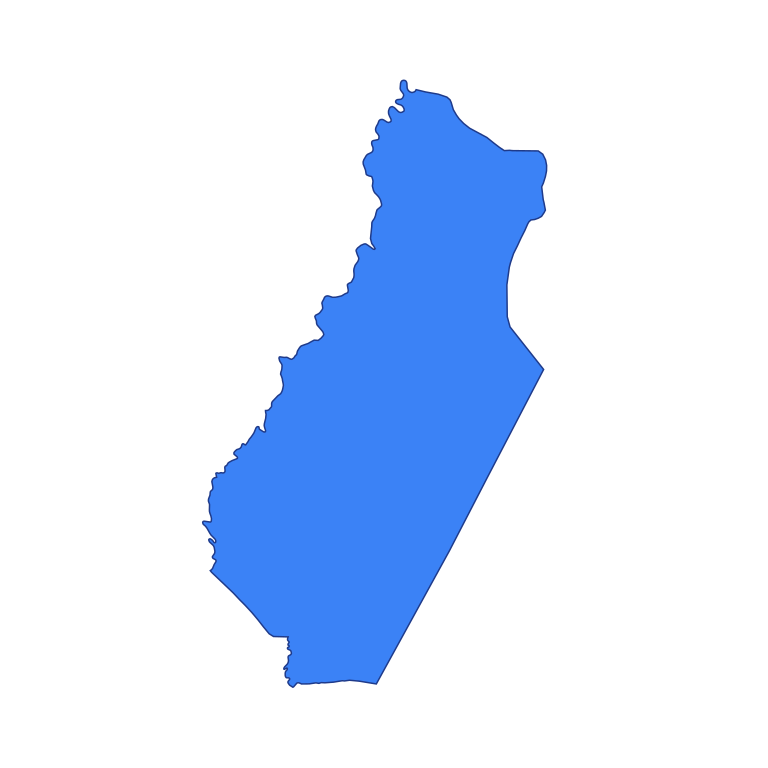 Su-Ngai Kolok, Narathiwat, Thailand, rotated 162°
{"feature_id": "78962969B19527388455587", "entity_name": "Su-Ngai Kolok", "entity_type": "district", "adm_level": 2, "iso_a3": "THA", "parent_name": "Thailand", "parent_adm1": "Narathiwat", "projection": "natural_earth1", "projection_center": [102.011, 6.069], "detail": "fine", "context": "isolated", "style": "filled", "palette": "blue", "viewbox_px": 768, "rotation_deg": 162, "n_neighbors": 0, "source": "geoboundaries", "source_scale": "gbopen_adm2", "svg_char_len": 6171}
<svg xmlns="http://www.w3.org/2000/svg" viewBox="0 0 768 768"><g transform="rotate(162 384 384)"><path d="M606.9,260.2L606.1,258.1L592.0,232.0L587.7,222.9L584.4,216.4L580.3,207.5L576.9,199.1L573.6,190.0L570.4,181.9L567.1,178.0L553.3,173.1L554.3,171.8L554.8,170.5L554.7,169.7L554.0,168.3L554.0,167.7L555.4,166.6L555.9,165.7L555.9,165.3L555.2,164.4L555.2,163.9L555.6,163.4L557.1,163.1L557.5,162.5L557.5,161.9L557.2,161.3L555.5,159.8L555.1,159.1L555.1,157.5L555.4,156.2L556.4,155.4L558.5,155.0L559.2,154.6L559.7,153.7L560.3,150.5L561.1,148.9L562.5,147.5L565.9,145.7L566.9,144.8L567.3,144.1L567.3,143.7L566.9,143.4L564.5,143.9L564.0,143.7L563.9,143.3L563.9,142.9L564.3,142.3L566.1,141.2L566.8,140.5L567.4,139.3L568.0,137.4L568.1,136.2L567.8,135.1L567.4,134.7L565.5,134.0L565.0,133.5L564.8,133.0L564.9,132.5L565.2,132.1L567.0,130.9L567.5,130.2L567.6,129.7L567.5,128.8L566.8,126.7L564.4,123.8L563.6,123.9L559.4,126.4L558.9,126.5L558.1,126.4L557.1,126.0L555.1,124.2L550.0,122.6L547.6,121.9L541.1,120.8L538.4,119.4L536.0,119.4L532.6,118.1L526.4,116.6L523.9,116.0L515.4,114.7L513.3,113.8L508.3,112.9L499.5,109.1L484.0,101.1L373.5,205.0L315.5,262.3L227.7,348.5L246.5,399.3L246.0,409.9L236.5,440.3L228.7,456.4L226.2,460.3L220.5,468.0L214.5,474.1L208.5,480.6L202.7,486.4L197.8,491.9L196.0,493.5L193.5,494.6L189.9,493.9L186.1,494.0L182.4,494.7L178.8,497.5L176.8,499.5L175.8,507.2L175.6,510.2L173.1,522.8L170.3,525.9L166.4,531.4L163.6,536.4L161.8,541.6L161.1,547.2L162.0,553.5L165.3,558.0L189.9,566.3L192.3,567.4L197.5,568.8L201.1,573.4L205.3,579.5L210.0,586.7L223.5,600.8L227.7,607.1L230.6,613.0L232.0,617.4L233.3,623.5L233.1,631.1L233.4,633.9L235.5,637.4L242.9,642.9L254.2,648.9L262.5,654.0L263.8,652.8L264.7,652.5L266.6,652.4L268.0,652.9L269.2,654.0L269.9,655.1L270.5,656.7L270.5,658.4L269.3,663.0L269.3,664.3L269.6,665.4L270.4,666.3L271.9,666.9L273.2,666.8L274.0,666.4L274.7,665.7L275.4,664.7L277.3,660.1L277.4,658.9L277.2,657.8L275.9,653.9L276.1,652.4L276.8,651.4L277.9,650.3L279.2,649.7L280.1,649.6L283.3,650.3L284.4,650.2L284.8,650.0L285.4,649.5L285.8,648.7L285.7,647.8L285.1,646.8L283.9,645.6L281.8,644.2L280.8,643.0L280.3,641.9L279.9,639.7L280.1,638.4L280.5,637.6L281.0,637.3L282.7,636.9L284.1,637.0L284.9,637.4L285.8,638.2L286.5,639.3L288.4,643.1L289.1,644.1L290.4,645.3L291.9,645.4L292.9,645.1L293.9,644.2L295.2,642.5L295.7,641.3L296.1,639.6L296.0,637.2L295.5,633.6L295.7,632.6L296.2,631.7L297.2,631.3L298.9,631.3L300.1,632.1L302.5,635.0L303.6,636.0L305.2,636.5L306.4,636.4L307.0,636.1L307.6,635.7L309.5,633.3L311.5,631.5L312.8,629.9L313.4,628.7L313.6,627.5L313.6,626.1L312.5,623.2L312.2,621.5L312.4,620.5L313.2,618.8L313.6,618.5L314.5,618.3L318.9,618.8L319.9,618.7L320.4,618.4L320.9,617.9L321.4,616.7L321.6,615.1L321.4,612.5L321.9,610.4L322.5,609.3L323.2,608.7L324.2,608.1L328.8,607.5L330.3,606.7L333.8,603.6L335.1,601.9L335.4,601.1L335.8,599.4L335.5,593.3L336.1,589.0L335.7,588.1L333.8,586.4L332.0,585.4L331.5,584.5L331.6,581.8L331.8,580.3L332.7,578.3L333.9,575.9L334.2,571.4L333.8,568.9L332.0,565.3L331.2,563.4L330.7,561.3L330.5,559.8L330.7,555.9L331.2,554.5L331.9,553.9L333.1,553.3L336.2,552.1L337.0,551.6L338.9,548.8L340.1,546.7L341.9,544.5L344.8,542.2L345.7,541.1L347.1,537.3L351.9,526.5L352.2,521.3L351.2,518.4L350.6,515.4L351.4,515.0L352.4,515.4L356.1,520.5L357.8,522.6L358.6,523.1L359.9,523.3L363.1,523.0L367.1,521.5L368.9,520.2L369.4,519.3L369.4,515.2L369.1,512.4L369.2,511.2L369.7,510.2L371.0,508.6L374.6,506.0L375.3,505.2L377.0,502.8L377.8,500.9L378.5,497.8L379.1,496.1L379.9,494.5L383.5,491.0L386.7,490.5L387.9,490.0L388.2,489.5L388.4,488.7L389.0,484.3L389.2,483.7L390.1,482.3L390.7,482.0L393.2,481.8L397.1,480.9L400.8,481.2L403.3,481.5L406.2,482.4L409.5,484.8L410.9,485.4L412.5,485.4L413.8,484.8L415.1,483.3L417.3,481.2L417.9,480.4L418.1,480.0L418.3,477.9L418.8,475.2L419.5,474.1L422.7,471.8L424.3,471.1L427.9,470.5L428.9,469.6L429.0,467.9L428.8,465.0L429.4,462.4L429.4,461.1L429.2,460.4L426.2,453.0L425.9,451.6L426.0,449.6L426.8,448.8L428.1,448.0L429.8,447.0L433.1,445.8L436.9,447.3L441.4,446.5L443.5,446.0L448.3,445.9L450.6,445.8L451.8,445.5L453.4,444.4L456.1,442.1L458.1,438.9L459.4,438.5L461.7,436.7L463.6,436.1L464.4,436.1L465.0,436.5L466.1,437.4L467.6,439.0L468.4,439.5L470.7,440.1L474.6,442.0L475.3,441.9L475.9,441.1L476.1,438.8L476.0,437.5L475.2,434.7L475.2,433.2L476.4,430.1L477.3,428.5L478.2,427.4L479.3,425.4L479.1,422.8L479.1,420.3L479.4,418.9L479.8,415.3L480.1,413.8L481.5,411.2L482.6,409.4L483.9,407.9L485.3,406.7L488.6,405.6L495.1,402.1L496.2,401.3L496.9,400.2L497.8,397.5L498.1,397.1L501.5,395.0L503.1,394.9L504.9,395.4L505.3,393.9L505.5,391.8L505.7,391.2L507.2,387.8L510.0,383.3L510.8,381.5L511.0,379.4L511.0,376.3L511.5,375.3L512.6,375.3L513.4,375.8L516.4,379.4L516.5,379.7L516.3,381.2L516.4,382.1L517.3,382.5L518.4,382.4L519.3,381.8L522.6,377.9L524.5,376.3L526.8,374.6L529.2,373.1L531.3,371.1L534.3,368.9L534.8,369.0L536.1,370.5L537.1,370.8L537.8,370.3L539.2,368.3L540.5,367.4L541.9,367.1L544.3,367.1L545.5,366.6L547.2,365.7L548.1,364.8L548.3,363.5L546.2,360.2L546.1,359.1L546.4,358.6L547.2,358.4L552.1,358.1L554.8,357.6L556.4,357.2L558.9,355.1L560.3,354.9L560.8,354.5L561.3,353.6L561.6,352.1L562.1,350.2L562.6,349.6L563.4,349.1L564.6,349.1L566.1,349.9L566.9,350.1L568.7,350.1L570.2,351.1L571.1,351.2L571.5,351.0L571.6,350.6L572.0,347.0L574.4,347.2L575.8,346.7L576.6,346.2L577.3,345.3L577.9,344.3L578.6,338.8L579.3,337.1L580.0,336.5L582.1,335.5L582.6,335.0L583.9,332.0L586.3,329.0L586.9,327.8L587.2,326.6L587.1,323.8L587.3,322.9L589.0,318.1L589.4,316.6L589.5,314.8L589.4,312.0L589.7,309.1L590.7,306.9L591.2,306.5L591.9,306.4L597.2,309.0L597.8,309.2L598.6,309.1L599.1,308.6L599.3,308.0L599.3,306.7L599.0,306.0L597.7,303.9L596.9,301.5L595.8,296.1L595.2,293.8L592.7,288.8L592.4,287.6L592.5,286.7L592.8,285.9L593.1,285.5L593.5,285.3L594.1,285.4L594.6,285.7L595.4,288.3L596.6,290.0L597.0,290.4L597.7,290.6L598.3,290.5L598.8,290.0L598.9,289.2L598.8,287.9L598.2,286.7L596.5,283.7L596.1,282.5L596.0,281.1L596.5,277.2L597.2,275.7L597.7,275.1L600.4,273.0L600.7,272.5L600.7,271.9L600.5,271.0L598.5,268.9L598.3,268.2L598.4,267.7L598.7,267.0L601.3,264.8L604.0,261.6L605.4,260.7L606.9,260.2Z" fill="#3b82f6" stroke="#1e3a8a" stroke-width="1.5"/></g></svg>